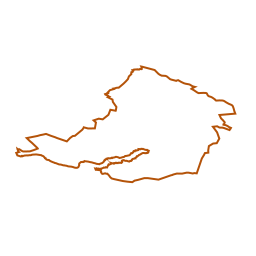 outline of Granvin nor, Hordaland, Norway, rotated 20°
{"feature_id": "86288312B43421694562872", "entity_name": "Granvin nor", "entity_type": "district", "adm_level": 2, "iso_a3": "NOR", "parent_name": "Norway", "parent_adm1": "Hordaland", "projection": "equal_earth", "projection_center": [6.647, 60.544], "detail": "fine", "context": "isolated", "style": "outline", "palette": "amber", "viewbox_px": 256, "rotation_deg": 20, "n_neighbors": 0, "source": "geoboundaries", "source_scale": "gbopen_adm2", "svg_char_len": 5807}
<svg xmlns="http://www.w3.org/2000/svg" viewBox="0 0 256 256"><g transform="rotate(20 128 128)"><path d="M220.8,73.8L219.6,72.3L218.7,71.4L218.1,71.1L216.9,70.9L214.5,70.8L211.4,70.3L209.8,69.9L208.6,69.7L207.2,69.9L204.5,70.8L201.4,72.1L200.4,71.8L200.2,71.5L196.9,70.6L195.4,70.4L193.1,70.5L192.4,70.3L191.9,70.1L190.5,68.8L189.9,68.4L188.7,68.6L186.6,69.3L182.3,71.1L180.8,70.9L176.8,69.9L174.2,69.5L174.7,68.7L176.8,66.5L175.9,66.6L174.3,66.7L171.3,66.1L170.5,66.1L166.9,66.7L165.2,66.8L162.1,66.5L158.8,65.9L157.6,66.7L157.2,67.2L152.2,67.7L150.8,67.7L147.0,66.3L146.1,66.2L145.4,66.2L141.7,67.3L139.7,67.1L138.1,66.7L133.2,64.4L120.1,65.6L119.5,65.7L120.1,66.3L120.1,66.6L120.3,67.1L120.5,67.2L120.8,67.8L120.7,68.0L120.2,68.2L119.7,68.1L119.5,68.3L119.1,68.4L118.6,69.2L118.2,69.4L117.7,69.4L117.4,69.6L117.1,69.5L116.7,69.7L116.4,70.0L116.0,70.0L115.3,70.3L115.0,70.5L114.6,70.6L113.5,71.1L113.4,71.2L113.6,71.4L113.5,71.5L113.5,71.8L113.3,71.8L113.2,72.0L112.5,72.2L112.6,72.3L112.8,72.9L113.1,73.1L112.9,73.5L113.1,73.7L112.8,74.1L112.5,74.1L112.1,74.5L112.4,74.9L112.3,75.6L112.7,76.3L111.2,79.2L111.2,82.1L110.0,85.0L108.6,87.9L105.5,93.3L105.2,93.3L103.2,94.3L102.3,95.1L101.6,95.5L102.1,95.6L102.0,95.8L98.1,98.6L96.9,101.3L97.3,101.3L97.5,101.5L97.6,102.0L94.9,104.0L95.2,104.3L98.5,104.6L99.0,105.0L99.5,105.0L98.6,106.0L103.7,106.6L104.9,108.7L109.9,112.2L110.5,115.4L110.5,116.0L105.2,116.9L105.1,122.3L101.3,128.5L98.2,129.1L97.4,129.2L93.1,132.6L96.0,133.8L97.0,139.7L90.7,142.1L86.2,142.5L86.2,142.9L86.1,143.6L85.6,145.3L80.8,153.5L78.8,154.5L77.0,157.2L75.1,161.5L64.7,161.7L62.7,161.6L58.4,161.7L53.0,161.6L50.2,163.4L48.0,164.7L45.7,166.4L36.3,172.1L40.3,173.9L42.8,174.8L49.7,177.8L50.2,178.2L47.1,180.9L43.8,183.5L39.0,185.4L37.5,185.9L36.4,185.9L33.9,185.3L33.2,185.2L33.2,185.5L32.6,185.7L31.9,185.7L31.3,185.5L31.6,186.0L32.4,186.7L32.6,187.3L33.0,187.7L33.4,187.8L33.7,187.9L31.5,189.6L33.4,191.6L37.1,191.4L37.2,191.1L37.5,190.9L37.6,190.6L38.5,190.6L38.6,190.2L39.3,190.0L40.1,189.3L42.6,188.2L43.2,188.1L44.6,187.3L45.7,186.9L46.5,186.4L46.7,186.1L47.8,185.5L50.9,184.2L55.9,183.2L56.3,183.4L57.4,183.4L58.3,183.5L59.2,184.0L59.9,184.3L60.1,184.6L60.7,184.6L60.7,184.9L61.3,185.0L62.1,185.5L63.2,185.5L64.3,185.2L65.0,185.2L65.5,185.5L66.4,185.6L66.7,185.7L67.6,185.7L68.4,185.8L70.7,185.8L71.0,185.9L72.4,185.7L75.9,185.8L76.7,185.5L77.8,185.3L80.1,185.2L80.7,184.9L81.2,184.9L83.2,184.5L84.9,184.5L88.0,183.7L89.7,183.5L91.4,183.5L92.8,183.2L93.9,182.7L94.6,181.9L94.8,181.3L94.8,180.6L94.9,179.7L94.4,178.7L94.4,177.9L95.5,176.0L96.8,175.6L97.2,175.3L97.6,175.3L98.0,175.0L97.9,174.8L98.4,174.6L98.2,174.7L98.3,174.4L98.4,174.0L98.6,174.0L102.1,173.2L104.1,173.0L105.6,172.7L107.6,172.6L109.3,172.4L110.7,172.4L113.5,171.8L113.6,171.5L114.2,171.0L115.8,169.7L116.8,167.9L116.8,166.7L117.2,166.4L117.0,166.2L117.2,165.8L117.5,165.2L118.1,164.9L118.2,164.4L118.8,164.4L118.6,164.2L118.7,163.9L118.9,163.7L119.8,163.1L121.5,162.7L122.9,161.6L123.4,161.5L123.5,161.6L123.7,161.4L123.6,161.2L124.0,161.1L124.2,160.9L125.1,160.4L125.8,159.9L126.2,159.4L126.9,159.1L127.8,159.0L129.0,158.9L130.2,159.1L130.7,158.7L131.3,158.5L133.0,157.2L133.9,156.7L134.4,156.2L134.9,155.3L136.0,154.8L138.8,153.0L139.0,152.5L139.3,151.5L139.6,150.5L140.2,150.5L140.4,150.2L140.7,150.1L140.9,149.6L141.1,149.1L141.1,148.1L141.3,147.7L142.3,147.6L142.4,146.8L143.1,146.6L143.1,146.2L143.9,146.1L145.2,145.2L145.1,144.5L145.0,144.2L145.5,144.1L145.8,143.9L146.9,143.8L147.1,143.5L147.3,143.3L147.5,143.0L148.6,142.9L149.1,142.5L151.2,142.6L152.7,142.4L153.3,142.0L153.5,142.0L154.2,142.3L154.5,142.2L154.8,142.3L154.7,142.4L155.0,142.7L154.9,142.8L155.2,143.1L155.3,143.0L155.4,143.5L155.3,143.8L155.1,144.0L155.3,144.2L155.2,144.5L154.5,145.0L153.8,145.1L153.5,145.6L152.5,145.8L152.1,146.0L151.6,146.0L150.5,146.4L150.2,146.8L149.4,147.4L149.1,148.1L148.8,148.3L148.5,148.8L147.5,149.6L147.4,150.1L146.7,151.1L146.4,151.5L146.0,151.5L145.9,151.9L146.0,152.4L145.7,152.7L145.4,153.2L145.2,153.7L145.3,153.9L144.9,154.0L144.6,154.2L144.6,154.5L143.1,155.4L142.5,156.3L142.7,157.0L142.5,157.4L142.4,157.7L141.9,157.8L141.8,158.1L141.2,158.3L140.9,158.6L140.8,159.0L140.2,159.2L137.8,159.3L137.3,159.6L136.5,159.8L135.0,159.6L134.1,160.1L133.7,160.5L133.5,160.8L133.9,161.5L134.2,161.7L134.2,162.1L134.0,162.6L133.7,162.7L132.6,163.2L132.7,163.3L132.2,163.4L131.8,163.7L131.0,163.8L130.6,164.1L130.6,164.3L130.5,164.5L128.8,164.7L128.8,165.0L128.2,165.1L127.4,165.5L127.4,165.9L126.6,166.0L126.6,166.4L124.3,166.6L124.5,166.7L124.5,167.1L124.2,167.2L124.2,167.6L124.0,167.9L123.2,168.4L123.0,168.8L122.2,168.8L122.1,169.3L122.1,169.8L121.8,172.3L120.4,172.5L120.3,172.8L119.9,173.2L118.8,173.4L118.6,173.7L118.4,173.9L117.8,174.5L117.0,175.1L116.9,175.6L116.3,175.6L114.4,176.4L113.8,176.3L113.7,176.6L113.3,177.0L112.4,176.8L112.4,177.1L111.1,177.3L112.0,178.3L113.1,177.9L114.3,177.7L115.3,177.4L116.5,176.9L116.6,177.2L116.5,177.3L116.7,177.5L117.4,177.8L117.7,178.2L117.7,178.7L117.9,178.9L118.7,179.5L119.5,179.9L120.4,179.5L122.0,178.4L123.3,178.4L124.1,178.0L125.5,178.6L127.0,179.5L128.1,180.3L129.9,181.0L132.3,180.8L141.3,179.6L145.9,178.6L150.6,177.4L152.2,175.2L155.2,173.3L160.5,169.5L163.9,168.3L174.3,166.1L184.5,157.8L186.0,156.8L186.2,156.4L189.5,154.1L194.4,152.4L198.4,149.9L199.7,149.4L200.6,149.2L204.4,148.6L205.7,147.7L208.1,147.1L207.8,131.4L208.7,127.0L208.8,125.3L211.9,123.7L211.0,121.5L210.2,117.3L213.3,113.5L216.6,111.9L217.4,106.7L213.2,101.6L207.4,97.8L211.2,95.9L213.8,96.3L216.4,95.4L218.0,95.2L224.1,95.2L224.2,94.4L224.5,93.9L224.7,92.7L222.7,92.6L220.9,92.1L218.7,91.9L215.7,92.4L216.8,91.9L217.0,89.8L216.6,89.3L215.3,88.7L214.4,88.1L213.3,87.7L212.0,87.0L209.5,84.5L223.9,77.8L222.1,75.7L220.8,73.8Z" fill="none" stroke="#b45309" stroke-width="2"/></g></svg>